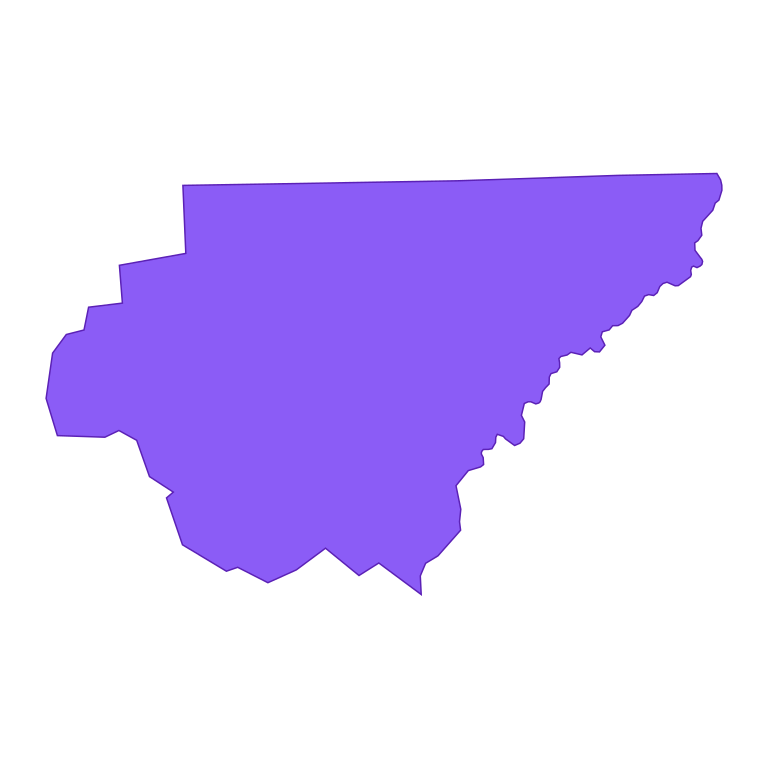 Rabun, Georgia, United States of America (Albers equal-area conic projection)
{"feature_id": "52423323B22473202242420", "entity_name": "Rabun", "entity_type": "district", "adm_level": 2, "iso_a3": "USA", "parent_name": "United States of America", "parent_adm1": "Georgia", "projection": "albers", "projection_center": [-83.284, 34.858], "detail": "fine", "context": "isolated", "style": "filled", "palette": "violet", "viewbox_px": 768, "rotation_deg": 0, "n_neighbors": 0, "source": "geoboundaries", "source_scale": "gbopen_adm2", "svg_char_len": 1626}
<svg xmlns="http://www.w3.org/2000/svg" viewBox="0 0 768 768"><path d="M716.9,173.5L617.8,175.4L457.5,180.8L263.4,184.1L182.9,185.4L185.8,253.4L119.4,265.3L122.4,303.1L88.6,307.2L84.0,330.0L66.3,334.5L52.6,353.1L46.1,398.4L57.4,435.6L104.9,437.2L118.9,430.5L136.7,440.3L149.5,476.6L173.3,492.1L166.5,497.9L182.5,544.8L226.4,571.2L237.7,567.3L267.9,582.7L296.3,569.9L325.5,548.2L359.0,575.5L378.8,563.0L421.2,594.5L420.3,575.9L425.6,563.3L438.0,555.8L460.6,530.2L459.5,521.7L460.8,509.3L456.0,485.7L468.3,470.6L480.6,466.9L483.6,464.5L483.2,457.6L481.4,454.1L481.4,452.4L482.1,450.9L483.3,449.5L485.7,449.4L488.3,449.4L491.9,448.7L495.5,442.6L495.8,437.2L497.3,434.3L503.4,436.4L505.5,438.9L514.6,445.5L520.0,443.2L523.7,438.8L524.7,422.0L521.4,415.4L524.3,403.5L528.1,401.8L530.9,401.8L533.7,403.0L535.8,403.9L538.8,403.0L540.1,401.8L541.1,399.4L542.6,391.4L545.6,387.6L549.1,384.0L549.3,377.1L551.0,373.6L556.8,371.8L559.7,367.3L559.6,362.7L558.9,358.6L560.8,356.5L567.1,355.0L570.9,352.3L582.0,354.9L590.2,348.0L594.6,351.7L599.5,351.9L604.9,345.2L600.8,336.9L602.3,331.8L609.2,329.9L612.6,325.7L618.0,325.6L622.6,323.2L629.5,315.5L631.9,310.3L637.8,306.4L641.8,301.5L644.5,296.1L648.7,294.6L653.7,295.5L657.2,292.7L659.8,286.5L663.0,283.5L667.0,282.2L675.1,285.8L678.3,285.6L690.5,276.7L691.3,274.6L690.7,270.4L691.7,267.1L693.5,266.1L697.0,267.6L700.1,266.1L701.9,264.5L702.6,261.4L701.8,259.3L699.7,256.6L695.0,250.3L694.7,242.9L697.9,240.7L701.8,235.2L701.0,228.3L702.7,221.3L712.8,210.2L715.2,203.1L718.9,200.1L721.9,190.3L721.8,185.2L720.6,179.9L716.9,173.5Z" fill="#8b5cf6" stroke="#5b21b6" stroke-width="1.5"/></svg>